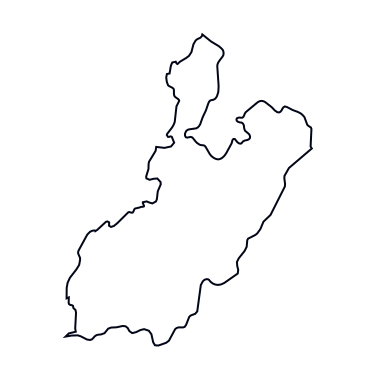 map outline of Moselle (Equal Earth projection), rotated 276°
{"feature_id": "FRA-5328", "entity_name": "Moselle", "entity_type": "Metropolitan department", "adm_level": 1, "iso_a3": "FRA", "parent_name": "France", "parent_adm1": "", "projection": "equal_earth", "projection_center": [6.833, 49.011], "detail": "fine", "context": "isolated", "style": "outline", "palette": "ink", "viewbox_px": 384, "rotation_deg": 276, "n_neighbors": 0, "source": "natural_earth", "source_scale": "10m", "svg_char_len": 3830}
<svg xmlns="http://www.w3.org/2000/svg" viewBox="0 0 384 384"><g transform="rotate(276 192 192)"><path d="M111.4,87.7L112.9,87.8L114.9,87.5L118.4,85.5L119.9,85.0L121.9,85.3L138.7,92.3L141.8,94.8L143.0,96.8L143.5,98.7L143.5,100.0L143.1,100.1L144.4,101.7L153.3,109.5L153.9,110.9L153.1,112.8L149.8,113.0L148.8,115.1L150.0,117.8L153.1,120.9L165.2,130.8L165.5,131.7L165.1,134.1L165.3,135.1L166.3,135.7L168.9,136.5L169.6,137.1L171.1,141.5L171.7,142.5L171.9,143.0L172.2,144.8L172.7,145.7L173.5,145.6L176.0,144.2L176.7,144.2L177.9,147.9L177.0,150.9L176.5,153.8L178.8,157.1L181.0,157.8L189.1,157.9L196.3,160.1L198.6,159.7L201.8,156.1L201.1,152.3L199.7,148.5L200.8,145.2L202.6,144.8L210.3,146.3L215.6,145.9L217.6,146.1L229.1,151.5L233.1,151.7L233.0,160.0L235.1,166.4L239.2,169.1L244.8,166.1L245.1,164.9L244.5,163.7L244.3,162.4L246.0,161.0L247.0,161.1L254.0,165.4L256.9,166.7L259.8,167.5L275.6,167.6L280.6,169.5L281.7,169.7L282.8,168.8L284.7,165.4L285.9,164.3L287.5,163.8L291.3,163.4L292.7,162.9L293.6,161.6L294.9,158.2L295.7,157.0L298.8,155.5L299.5,155.3L303.1,154.4L306.7,154.7L307.5,157.3L315.4,157.8L318.7,158.8L319.9,162.2L318.6,162.9L318.1,163.4L317.8,164.2L320.4,166.5L324.6,172.1L327.0,174.7L331.0,176.8L339.1,178.0L343.1,179.8L344.5,181.2L346.3,184.2L348.0,185.5L349.8,185.8L343.7,195.2L339.8,203.5L338.2,205.8L336.7,207.6L335.1,208.5L333.4,208.9L331.6,208.9L330.0,208.3L325.0,205.3L323.3,204.5L321.6,204.0L319.7,204.0L300.1,207.4L294.2,207.7L290.2,206.9L288.3,206.1L286.9,205.0L285.9,203.5L285.5,202.0L284.9,200.6L283.7,199.6L282.0,199.0L274.6,197.3L267.4,194.8L260.0,193.0L258.1,192.0L256.6,190.8L255.7,189.4L254.0,182.6L253.3,181.1L252.0,179.8L249.2,178.9L247.2,179.2L245.8,180.2L245.6,181.6L246.6,184.7L246.5,186.1L245.6,187.4L242.7,190.2L241.5,191.6L240.0,194.3L239.9,194.6L239.7,195.3L239.6,196.4L239.6,197.7L239.6,198.7L239.3,199.7L238.2,200.9L231.6,205.7L229.8,207.5L228.7,209.2L227.9,210.8L227.4,212.3L227.2,213.7L227.3,215.2L227.9,216.7L228.9,218.2L230.2,219.4L231.3,220.4L234.2,222.0L244.5,226.3L248.1,226.9L249.1,227.7L249.2,229.0L246.2,232.0L245.2,233.9L245.2,235.6L246.4,236.7L247.7,237.5L248.6,238.9L249.6,241.8L250.4,243.1L251.8,244.0L253.5,243.9L255.2,243.0L256.3,241.6L258.4,238.4L259.9,237.6L261.3,237.1L263.7,236.6L265.3,235.6L266.2,234.1L266.2,232.3L266.7,230.2L267.6,229.0L269.0,228.6L270.2,229.2L270.8,230.4L271.0,231.7L271.0,233.1L271.2,234.4L272.3,235.4L275.4,236.3L277.0,237.1L287.4,247.2L288.5,248.4L289.3,249.7L289.7,250.9L289.9,251.8L289.8,253.0L289.7,253.7L289.1,255.3L284.7,262.4L281.7,265.9L280.3,268.5L280.2,270.2L281.0,271.5L282.4,272.5L284.3,273.2L285.8,274.1L286.8,275.4L286.3,277.9L284.1,283.4L282.6,289.2L281.3,292.3L279.9,294.2L278.2,296.0L270.9,299.6L269.9,300.9L268.6,303.5L267.1,304.2L249.6,305.2L247.8,306.6L226.0,285.9L217.7,282.3L215.2,282.4L209.9,283.7L207.2,283.8L177.4,272.5L170.0,266.2L162.3,263.9L157.6,261.2L155.9,259.5L151.5,252.7L150.0,252.0L143.2,252.1L138.9,250.5L130.9,245.4L127.1,244.0L123.2,244.7L119.4,246.1L115.7,246.0L104.9,233.6L103.0,230.3L102.3,227.5L102.4,224.8L103.2,222.2L104.6,219.9L106.3,218.2L106.8,217.3L106.9,215.7L106.0,213.6L104.3,212.1L100.4,210.5L73.8,209.7L71.2,207.9L69.1,203.7L67.5,202.3L59.2,200.0L57.1,198.8L56.4,197.3L55.9,192.6L55.1,190.9L53.9,189.6L41.7,184.6L39.3,182.0L35.8,174.6L35.7,171.2L38.5,169.1L46.3,166.5L49.5,163.6L50.6,158.7L49.3,155.1L46.8,151.1L45.4,147.3L47.1,144.3L50.1,142.2L51.5,139.9L51.5,137.0L49.6,131.3L48.7,125.6L47.3,122.9L42.5,119.8L40.9,116.6L40.1,113.0L39.4,111.6L38.1,110.2L35.8,108.6L34.8,107.6L34.2,106.1L34.3,103.0L36.8,96.6L37.5,93.5L36.7,87.5L35.0,81.4L38.5,84.3L40.9,91.0L44.1,90.1L59.7,89.3L62.4,88.5L64.2,86.2L66.4,85.5L66.9,84.3L66.9,82.8L67.8,81.3L69.1,80.9L74.3,80.5L73.1,78.4L83.6,77.4L88.8,77.8L93.8,79.5L94.2,79.7L102.9,85.1L107.7,87.4L111.4,87.7Z" fill="none" stroke="#020617" stroke-width="2"/></g></svg>